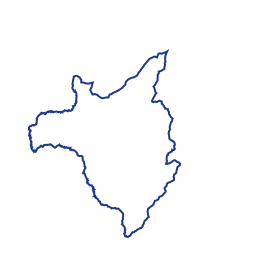 Salamina, Caldas, Colombia (Robinson projection), rotated 221°
{"feature_id": "7082276B24883943395769", "entity_name": "Salamina", "entity_type": "district", "adm_level": 2, "iso_a3": "COL", "parent_name": "Colombia", "parent_adm1": "Caldas", "projection": "robinson", "projection_center": [-75.386, 5.344], "detail": "fine", "context": "isolated", "style": "outline", "palette": "blue", "viewbox_px": 256, "rotation_deg": 221, "n_neighbors": 0, "source": "geoboundaries", "source_scale": "gbopen_adm2", "svg_char_len": 5753}
<svg xmlns="http://www.w3.org/2000/svg" viewBox="0 0 256 256"><g transform="rotate(221 128 128)"><path d="M143.5,76.6L141.0,74.0L139.0,73.5L136.1,71.2L135.7,70.5L135.1,70.3L134.4,70.5L134.1,70.2L133.8,69.7L133.6,67.8L132.8,66.6L132.5,64.6L132.2,64.4L130.9,65.2L127.4,63.2L125.8,62.6L125.1,62.9L124.9,62.0L123.7,61.9L123.8,61.3L123.4,60.7L123.5,60.2L122.7,59.7L122.2,60.2L121.2,59.8L119.0,59.8L117.8,60.9L116.6,60.3L115.8,60.7L115.2,60.6L114.9,60.3L115.1,59.8L114.7,59.4L113.5,59.5L114.0,58.7L113.9,58.2L111.8,57.9L111.6,57.7L112.0,57.1L110.0,56.1L109.5,55.4L108.8,55.4L108.8,54.4L108.1,55.0L107.3,54.3L106.7,54.7L106.5,54.2L104.3,54.5L102.0,53.6L100.8,54.1L99.9,53.3L98.4,52.6L97.4,52.8L97.2,53.5L96.2,53.6L96.0,54.0L95.2,54.2L93.6,55.9L92.5,55.9L91.8,55.5L90.5,56.2L88.2,56.7L87.7,56.5L87.3,57.3L85.9,58.2L85.2,59.4L83.8,59.3L82.6,60.7L81.0,60.8L75.8,60.2L74.4,59.2L73.2,57.1L72.0,56.0L71.5,54.1L69.9,52.8L69.4,51.3L67.9,51.4L66.3,51.1L64.9,50.5L64.1,49.6L63.3,49.5L62.7,47.8L62.0,47.6L61.6,47.2L61.7,45.7L60.8,45.6L59.6,44.5L58.7,44.6L58.4,45.4L57.5,45.1L56.5,45.7L56.4,46.9L55.8,48.0L55.8,49.0L56.2,50.5L56.0,51.5L56.2,52.4L55.0,53.4L55.0,54.9L54.5,55.5L54.3,57.2L53.0,60.7L52.3,61.2L52.5,63.6L53.2,64.3L53.2,65.5L54.6,69.1L54.2,70.2L54.1,72.0L54.3,72.9L53.9,74.4L55.6,75.3L57.2,76.9L58.3,77.5L59.8,80.1L59.4,83.0L58.7,85.6L58.7,87.4L59.9,90.5L59.1,91.9L58.4,93.9L58.4,94.4L59.2,96.5L57.9,99.1L57.6,100.3L57.9,102.0L57.7,104.4L58.2,105.2L60.7,106.2L61.2,107.1L60.9,109.5L61.9,111.1L61.9,112.7L60.8,114.6L59.2,118.9L60.3,120.4L61.8,121.4L62.3,123.0L62.6,123.2L62.1,125.4L64.9,130.6L65.0,131.9L64.4,133.7L65.1,134.4L65.2,135.3L67.4,135.3L68.8,134.6L71.4,134.5L72.3,133.4L72.8,130.6L73.8,128.2L75.0,126.5L75.8,125.9L77.0,128.9L77.9,129.2L79.6,131.3L80.4,132.8L80.1,134.0L80.7,134.2L80.9,135.6L79.5,139.2L80.4,140.6L79.7,140.8L79.0,141.5L78.9,142.3L79.2,143.2L80.0,143.3L81.0,144.3L81.1,144.8L81.6,145.1L81.7,146.2L82.8,147.1L84.6,147.8L87.3,147.0L89.6,147.0L92.6,149.8L93.8,150.5L95.0,152.6L95.3,154.4L97.1,156.0L97.8,157.2L99.3,160.6L99.4,162.5L100.0,163.1L100.6,164.5L103.0,164.3L104.5,165.1L106.0,165.3L107.1,166.2L107.3,166.9L109.5,167.5L110.4,168.4L112.6,167.1L113.1,167.5L114.3,167.5L114.9,168.1L116.0,168.2L117.1,168.7L118.4,168.4L119.8,170.1L121.2,169.5L122.1,169.4L123.2,166.7L123.7,166.2L125.0,165.7L125.8,164.1L127.1,163.8L127.6,164.0L128.6,167.5L129.0,170.1L129.4,170.9L129.5,173.0L130.8,173.0L134.1,175.4L135.9,176.0L136.0,178.5L137.0,183.5L140.5,187.6L140.6,189.4L141.8,190.6L141.6,191.2L140.5,192.6L139.9,195.0L139.4,195.8L139.4,196.5L140.6,198.1L141.4,200.0L142.4,200.6L142.9,201.1L143.3,202.7L144.6,203.7L147.0,206.7L147.7,208.2L148.7,211.5L149.5,209.0L150.3,208.4L151.4,206.0L153.2,205.0L153.7,204.1L152.4,200.2L153.8,199.8L155.3,198.9L155.6,197.6L156.5,195.9L157.1,194.0L157.1,186.1L156.7,184.4L156.6,180.8L156.3,180.1L156.3,176.7L155.9,175.3L155.7,173.2L156.6,170.6L158.6,167.5L159.7,164.8L159.9,161.7L159.7,161.0L158.4,158.8L159.0,153.3L160.2,149.2L162.3,144.7L162.6,142.9L163.7,141.4L163.2,138.7L162.8,138.3L163.0,138.0L164.3,136.9L166.7,133.8L167.6,133.3L169.7,132.9L171.7,132.7L173.1,132.9L174.2,132.2L175.2,132.0L176.7,130.0L181.2,131.7L182.0,133.5L182.2,135.0L183.1,136.3L184.4,139.2L186.8,135.7L189.2,133.9L191.4,133.2L193.2,131.7L195.1,133.9L195.6,133.8L197.8,134.5L200.6,133.9L201.3,133.4L202.7,131.2L201.8,130.2L200.7,127.6L200.1,127.1L199.3,125.5L198.5,124.4L197.7,124.3L196.9,123.3L196.4,121.7L194.8,120.9L193.3,120.8L193.2,120.6L192.9,120.7L192.6,120.4L192.4,120.7L192.1,120.6L192.1,120.9L191.6,120.4L190.6,120.8L189.8,120.3L188.8,119.2L188.2,118.9L188.2,118.5L187.9,118.4L187.0,117.4L186.8,116.7L185.5,115.4L185.1,114.5L184.7,114.5L184.6,114.1L184.2,114.0L184.3,113.7L183.8,113.1L183.9,112.7L183.6,112.3L183.8,111.7L183.2,111.1L182.9,110.1L183.9,108.4L183.1,108.1L182.6,107.5L182.4,107.0L182.6,106.1L182.2,105.7L182.3,105.2L182.0,105.0L182.1,104.3L182.7,103.1L183.8,102.6L184.1,102.8L184.4,102.7L184.2,101.9L184.5,101.1L185.5,101.1L186.3,100.2L187.4,99.9L187.5,98.1L188.0,97.8L188.3,97.2L187.9,96.8L188.6,96.5L188.9,95.4L190.0,95.6L190.9,94.4L192.6,93.6L194.1,92.0L194.6,90.9L195.2,90.7L195.4,91.1L195.6,91.1L196.2,89.8L197.0,90.3L197.2,89.7L197.5,89.9L197.8,89.7L198.2,89.0L197.9,88.8L198.1,88.5L198.8,88.5L199.0,88.2L198.9,87.6L199.3,87.5L199.6,86.6L199.4,85.1L199.5,84.1L199.8,84.0L200.2,84.7L200.6,84.4L200.9,84.6L201.4,83.7L202.2,83.5L202.4,82.4L203.3,82.5L203.3,80.6L203.7,78.6L203.1,75.2L202.2,74.6L202.1,74.1L200.3,72.0L200.1,71.7L200.2,71.0L199.6,70.5L200.2,69.6L200.4,68.4L200.8,68.1L201.1,68.4L201.7,68.1L202.0,67.4L202.5,66.7L202.3,65.9L203.2,64.7L203.1,63.4L201.9,61.9L201.3,62.3L200.7,61.7L200.1,62.2L199.6,62.1L199.2,60.0L198.8,59.7L198.5,58.5L197.8,58.3L197.7,57.4L197.1,57.3L196.7,57.9L196.4,57.3L195.6,57.3L195.5,56.6L194.8,56.7L194.8,55.5L193.6,55.2L192.5,54.0L191.7,54.2L191.1,53.0L190.6,52.7L190.6,51.9L190.1,51.5L189.6,51.7L189.1,50.7L187.7,50.7L187.6,50.3L188.0,49.8L187.5,49.3L187.1,49.3L186.7,48.9L185.8,49.0L185.0,48.5L184.3,48.6L183.9,49.4L183.1,48.5L182.6,49.8L182.2,49.7L182.5,51.5L183.0,52.0L182.8,54.1L181.6,56.9L182.2,57.1L182.2,57.4L181.4,57.9L180.0,57.8L179.8,58.5L180.1,60.2L179.0,61.2L178.8,61.7L177.7,62.3L175.9,64.8L175.3,64.5L174.3,65.2L173.1,64.9L172.3,65.1L170.6,65.0L170.4,65.5L170.0,65.6L169.8,66.7L169.9,67.5L169.6,68.5L169.0,69.3L168.8,70.5L167.9,70.0L166.7,70.7L166.4,70.2L165.5,70.4L165.1,71.2L163.5,71.3L163.4,72.1L162.7,71.8L162.6,72.2L162.1,72.3L161.8,73.1L160.7,73.2L160.4,73.7L159.6,73.9L159.5,74.3L159.0,74.2L158.5,74.9L158.4,74.5L157.7,74.0L157.6,74.5L156.7,74.5L156.3,74.1L155.6,74.7L155.3,75.3L154.7,75.3L153.5,75.9L151.9,75.9L149.3,75.5L148.7,74.6L147.4,74.4L145.9,75.2L145.3,76.0L144.2,76.6L143.5,76.6Z" fill="none" stroke="#1e3a8a" stroke-width="2"/></g></svg>